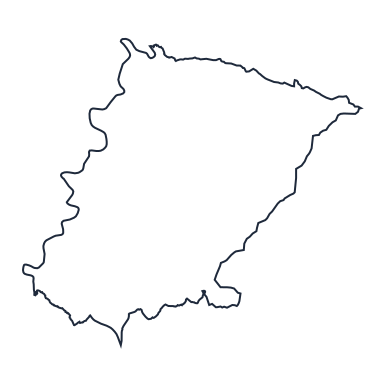 the district of Mohale's Hoek, Mohale's Hoek, Lesotho
{"feature_id": "5366337B50833634565448", "entity_name": "Mohale's Hoek", "entity_type": "district", "adm_level": 2, "iso_a3": "LSO", "parent_name": "Lesotho", "parent_adm1": "Mohale's Hoek", "projection": "natural_earth1", "projection_center": [27.441, -30.145], "detail": "fine", "context": "isolated", "style": "outline", "palette": "slate", "viewbox_px": 384, "rotation_deg": 0, "n_neighbors": 0, "source": "geoboundaries", "source_scale": "gbopen_adm2", "svg_char_len": 5797}
<svg xmlns="http://www.w3.org/2000/svg" viewBox="0 0 384 384"><path d="M236.8,306.0L237.9,304.8L238.8,302.9L239.4,301.1L240.5,293.5L237.8,292.7L234.1,288.5L230.9,287.6L227.4,287.3L220.5,287.2L214.7,279.8L216.5,274.5L220.0,266.2L220.9,262.9L224.6,261.4L226.6,260.2L231.2,255.0L234.3,252.4L235.9,251.4L243.8,250.0L244.3,243.6L246.8,238.8L249.8,236.7L252.7,233.5L256.4,231.2L257.0,227.9L258.3,223.0L265.3,220.1L267.1,218.3L269.6,213.9L272.1,211.5L277.7,203.6L280.2,201.2L283.5,200.1L284.7,198.4L290.2,195.0L293.4,193.6L294.7,192.3L296.1,178.0L296.1,168.9L301.6,165.6L304.8,161.3L306.9,156.3L309.1,153.6L310.0,152.0L311.6,148.4L313.0,135.9L315.8,135.2L318.9,135.0L320.3,132.6L323.1,130.7L326.3,129.8L328.8,125.9L332.5,122.3L335.8,120.4L338.0,115.4L340.5,113.9L343.9,113.5L355.3,113.9L358.0,111.8L359.0,108.7L361.0,108.2L358.0,106.6L354.9,106.6L353.4,104.5L349.1,102.8L348.7,99.8L347.4,97.6L346.2,96.2L342.9,96.7L338.9,96.5L332.3,99.3L330.8,99.2L326.4,97.7L323.1,96.0L321.0,94.8L319.8,93.8L316.0,91.9L314.0,90.5L310.3,88.9L308.3,87.3L306.6,86.9L305.2,87.3L303.3,88.4L301.8,88.1L301.3,86.3L299.9,84.9L298.3,83.7L297.8,81.7L296.7,80.6L294.8,80.1L294.1,83.6L294.1,86.3L291.5,85.9L284.3,82.6L282.8,83.6L280.6,83.4L278.3,82.5L274.1,82.0L267.5,79.4L265.4,78.4L262.2,76.0L260.1,74.1L258.9,73.4L256.3,70.6L253.3,68.8L249.1,71.4L246.3,71.7L245.8,71.3L244.4,68.3L244.2,68.1L242.8,67.9L242.7,67.5L240.4,65.6L236.6,65.5L231.2,63.5L225.8,63.2L224.9,62.8L223.9,61.8L222.1,61.5L221.3,61.0L220.4,59.1L219.7,58.9L218.7,59.0L216.1,60.1L213.0,60.1L206.3,58.8L200.4,59.4L199.0,58.7L196.6,58.4L195.0,57.5L192.4,58.4L189.4,58.6L188.1,58.9L185.0,58.7L183.1,59.6L181.5,59.4L180.1,59.4L176.4,60.6L175.9,61.0L175.3,60.5L174.6,58.5L171.6,57.0L169.3,57.6L169.2,57.3L167.3,57.0L164.8,55.0L164.1,53.9L164.4,53.5L164.1,52.2L162.6,48.5L161.5,47.8L161.0,46.9L160.0,47.2L158.7,46.6L157.9,45.4L157.4,45.3L156.8,45.6L156.7,45.0L156.0,44.6L153.8,45.5L154.0,46.6L153.7,46.9L153.5,46.4L152.4,46.5L151.0,46.0L149.9,46.2L154.7,52.7L155.2,54.6L154.7,56.1L153.6,57.1L152.4,57.8L150.8,58.2L149.6,57.6L148.7,56.7L147.1,53.8L146.0,52.9L139.3,51.1L136.3,49.7L134.1,46.8L132.2,43.4L129.8,40.6L127.8,39.5L125.8,38.9L122.4,39.1L121.3,40.0L120.8,41.4L121.2,42.1L123.8,44.5L126.8,48.4L129.5,52.8L130.0,54.2L130.1,55.6L129.5,57.2L128.4,58.7L122.8,64.1L119.7,73.7L118.3,79.7L119.4,83.8L120.7,86.4L123.4,88.9L124.2,90.4L124.3,92.0L123.2,93.4L120.5,94.5L117.8,94.9L116.4,95.4L115.3,96.4L110.6,102.2L106.2,108.2L104.3,109.1L102.4,109.5L93.6,108.5L92.4,108.6L91.1,109.3L90.2,110.5L89.5,113.7L89.7,118.3L90.7,122.8L91.7,125.0L93.1,126.5L95.0,127.8L101.1,130.7L103.7,132.2L104.8,133.3L105.6,134.8L106.4,138.8L106.7,141.6L106.7,144.2L106.2,146.2L105.2,147.6L103.3,149.4L100.7,150.7L98.8,151.0L96.3,151.0L91.7,150.4L89.7,150.6L89.0,152.0L89.2,154.5L89.0,156.4L84.1,163.8L83.3,168.3L82.8,169.7L81.9,170.6L79.5,172.2L78.1,172.8L74.9,173.3L69.3,172.4L66.9,172.2L64.4,172.4L62.1,173.3L61.2,174.4L61.0,175.2L61.2,176.0L61.6,176.8L63.1,178.4L63.7,178.7L68.9,186.3L72.6,189.9L73.3,191.4L72.9,193.6L72.2,195.0L66.8,202.2L67.4,203.4L69.2,204.7L71.0,205.4L74.7,206.2L77.2,207.1L78.2,207.8L78.7,209.0L78.7,209.9L77.7,213.2L75.9,216.3L74.0,217.7L69.9,219.5L63.5,220.8L62.0,222.2L61.7,223.8L63.1,229.2L63.2,231.1L63.2,233.0L62.5,234.2L61.2,234.9L55.7,235.7L53.7,236.5L46.4,240.3L45.0,241.7L44.1,243.4L43.4,246.0L43.5,248.2L44.6,254.0L43.9,261.1L43.7,262.4L43.1,263.3L38.9,267.5L37.3,268.2L34.8,268.0L33.6,267.6L31.3,266.3L29.2,265.4L26.3,264.6L24.8,264.6L24.0,265.1L23.4,267.1L23.0,270.0L23.4,272.2L24.0,273.2L24.9,273.9L26.9,274.6L30.9,275.4L32.5,276.1L33.4,277.1L33.6,278.3L33.3,281.6L33.7,284.2L33.9,289.7L34.4,292.5L34.3,294.9L35.4,295.3L35.9,294.5L36.5,294.3L36.2,293.4L35.9,293.0L36.0,292.9L36.8,293.5L37.2,293.3L37.1,292.4L36.2,291.8L36.6,291.6L36.9,291.4L37.0,290.6L37.2,290.4L38.1,290.4L39.8,291.0L40.6,292.1L42.1,292.1L42.2,292.8L44.2,294.0L44.9,295.3L45.3,295.5L45.2,296.8L45.9,297.9L45.9,298.2L47.6,298.8L48.5,299.8L49.3,300.2L49.7,301.7L50.4,302.8L51.3,303.4L52.0,304.2L52.9,304.4L53.4,304.6L53.3,304.9L53.6,305.2L54.2,305.3L54.2,305.5L56.4,306.3L56.8,306.2L56.8,306.4L57.8,306.9L58.2,306.8L58.4,307.3L59.3,307.7L61.8,308.4L62.3,308.2L64.4,310.5L65.2,310.8L65.5,311.1L65.5,312.0L67.0,312.5L67.1,313.1L67.7,313.4L68.2,313.2L70.1,315.4L69.6,316.9L69.6,317.6L70.4,318.4L70.6,319.3L72.1,320.8L74.0,325.1L74.5,325.2L77.1,323.5L77.6,322.9L79.4,321.8L79.7,322.8L80.0,323.0L81.1,322.6L82.7,322.5L83.0,322.3L83.0,322.0L84.6,321.0L86.0,320.7L86.5,319.7L89.0,317.0L89.7,315.7L90.2,315.4L91.8,317.7L93.3,319.4L94.8,320.6L101.0,323.7L106.6,325.7L109.0,326.9L110.7,327.8L112.6,329.4L114.8,331.8L116.5,334.1L117.9,337.2L120.8,345.1L121.6,340.8L121.7,332.4L121.9,330.7L122.4,329.6L122.3,328.4L123.6,325.8L128.0,319.3L128.5,318.2L128.9,316.2L128.9,314.0L129.4,313.5L134.3,312.0L135.5,311.4L137.1,309.7L138.2,309.2L139.1,309.7L140.4,309.1L141.5,309.8L142.3,312.4L143.1,313.7L145.5,316.7L147.5,318.6L148.6,319.2L151.0,318.8L152.5,317.4L153.0,317.8L153.7,317.9L155.8,316.5L156.8,315.5L157.9,314.4L158.4,313.0L160.2,310.9L160.4,310.2L160.4,309.6L160.6,309.1L162.0,307.7L162.7,306.7L164.4,305.1L165.5,304.5L168.4,306.0L173.3,306.1L174.2,306.5L174.9,306.3L175.7,306.6L177.0,305.9L177.7,305.1L179.0,305.6L180.7,304.8L181.9,305.2L182.1,304.4L183.4,304.2L183.9,303.4L184.6,303.0L185.8,301.2L186.0,299.5L187.0,298.6L191.3,302.1L192.6,302.0L193.2,302.3L194.2,302.3L195.2,303.0L197.1,303.3L197.8,302.8L198.5,301.0L199.6,299.6L202.5,297.3L202.8,295.6L203.4,294.2L203.4,293.5L203.2,292.5L202.4,291.1L203.1,290.9L203.6,291.2L204.0,290.8L204.6,290.9L205.1,291.4L205.1,292.1L204.4,293.7L204.5,294.5L206.5,296.9L209.2,305.0L212.1,303.9L215.8,307.2L217.0,307.2L220.6,306.5L222.2,307.5L224.1,306.7L227.0,307.7L232.3,305.0L234.8,305.2L236.8,306.0Z" fill="none" stroke="#1e293b" stroke-width="2"/></svg>